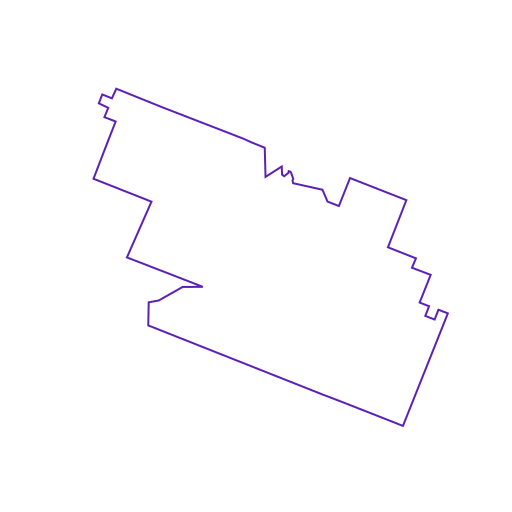 outline of Franklin, Arkansas, United States of America, rotated 110°
{"feature_id": "52423323B69712686179193", "entity_name": "Franklin", "entity_type": "district", "adm_level": 2, "iso_a3": "USA", "parent_name": "United States of America", "parent_adm1": "Arkansas", "projection": "albers", "projection_center": [-93.962, 35.487], "detail": "fine", "context": "isolated", "style": "outline", "palette": "violet", "viewbox_px": 512, "rotation_deg": 110, "n_neighbors": 0, "source": "geoboundaries", "source_scale": "gbopen_adm2", "svg_char_len": 781}
<svg xmlns="http://www.w3.org/2000/svg" viewBox="0 0 512 512"><g transform="rotate(110 256 256)"><path d="M244.1,66.2L254.6,66.4L254.4,76.4L244.0,76.2L243.8,86.3L214.0,85.4L213.7,105.4L203.5,104.9L202.7,135.0L152.1,133.8L151.6,154.0L150.6,194.3L180.7,195.2L180.4,207.4L171.0,216.2L174.9,246.0L172.5,247.5L170.7,247.4L166.0,251.3L165.0,252.6L165.1,254.3L166.8,254.0L171.4,256.8L170.7,259.3L163.1,262.4L178.4,274.1L151.3,284.8L150.8,298.8L150.1,307.7L148.3,395.1L146.6,444.5L157.1,445.3L156.8,455.7L166.3,455.9L167.3,445.5L177.4,445.9L177.6,433.9L208.7,434.6L239.0,435.1L240.7,372.8L301.5,376.8L302.5,326.5L303.2,295.5L310.2,314.4L331.1,332.2L336.2,341.0L358.1,333.5L363.4,146.1L363.7,126.1L365.4,59.8L244.3,56.1L244.1,66.2Z" fill="none" stroke="#5b21b6" stroke-width="2"/></g></svg>